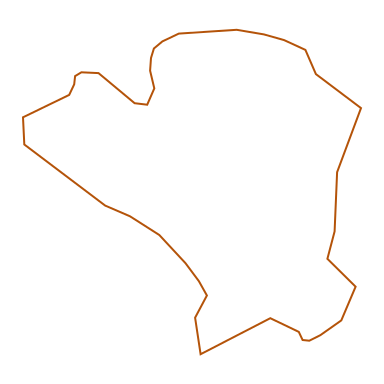 the border of Škocjan
{"feature_id": "SVN-989", "entity_name": "Škocjan", "entity_type": "Municipality", "adm_level": 1, "iso_a3": "SVN", "parent_name": "Slovenia", "parent_adm1": "", "projection": "equal_earth", "projection_center": [15.306, 45.911], "detail": "fine", "context": "isolated", "style": "outline", "palette": "amber", "viewbox_px": 384, "rotation_deg": 0, "n_neighbors": 0, "source": "natural_earth", "source_scale": "10m", "svg_char_len": 584}
<svg xmlns="http://www.w3.org/2000/svg" viewBox="0 0 384 384"><path d="M200.6,354.2L195.1,317.7L206.9,295.5L198.9,281.2L185.5,263.2L159.3,235.0L130.0,216.3L105.2,205.6L24.3,144.5L23.0,117.3L69.2,94.9L74.2,84.3L75.1,76.1L81.4,72.3L98.5,73.1L134.6,103.2L147.2,104.7L154.3,88.4L150.1,70.7L151.0,58.0L153.9,48.5L162.4,41.4L178.8,33.6L236.7,29.8L263.9,34.4L284.1,40.1L305.4,49.9L315.9,74.1L361.0,108.1L337.1,172.2L334.6,231.4L327.4,258.8L355.6,286.7L341.3,320.4L320.3,335.2L309.3,340.7L302.6,340.0L298.8,331.9L270.3,318.2L200.6,354.2Z" fill="none" stroke="#b45309" stroke-width="2"/></svg>